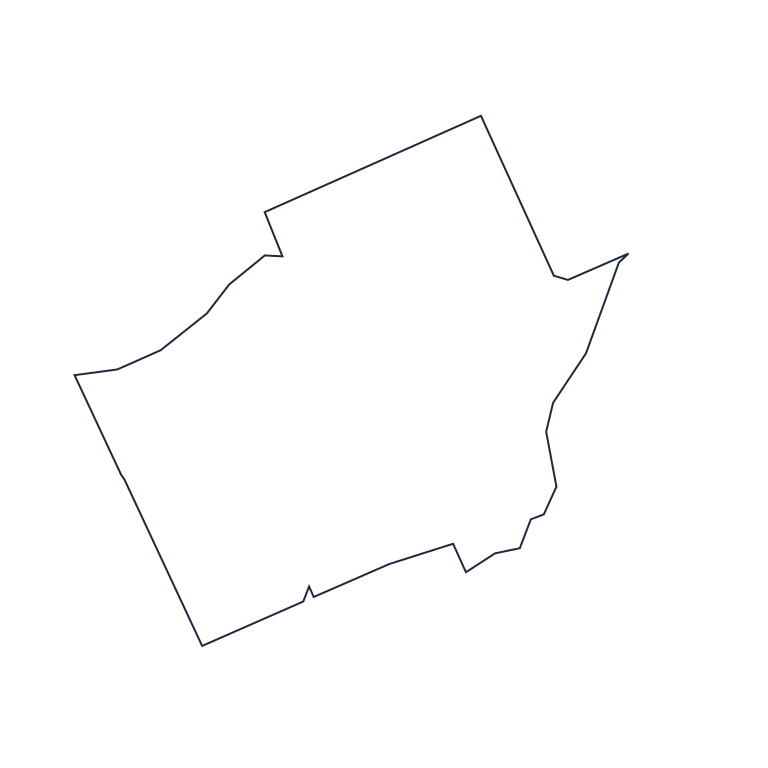 Terrell, Georgia, United States of America, rotated 65°
{"feature_id": "52423323B62158301450735", "entity_name": "Terrell", "entity_type": "district", "adm_level": 2, "iso_a3": "USA", "parent_name": "United States of America", "parent_adm1": "Georgia", "projection": "equal_earth", "projection_center": [-84.412, 31.794], "detail": "fine", "context": "isolated", "style": "outline", "palette": "slate", "viewbox_px": 768, "rotation_deg": 65, "n_neighbors": 0, "source": "geoboundaries", "source_scale": "gbopen_adm2", "svg_char_len": 537}
<svg xmlns="http://www.w3.org/2000/svg" viewBox="0 0 768 768"><g transform="rotate(65 384 384)"><path d="M245.2,660.7L355.3,660.6L361.1,659.6L544.5,659.5L547.0,549.1L535.9,537.5L547.3,537.7L549.4,455.0L558.0,388.9L589.2,389.3L584.4,355.0L590.2,330.3L568.7,308.1L569.7,294.2L549.9,271.1L495.8,257.2L472.5,238.7L441.6,188.0L373.2,119.8L369.1,107.3L367.4,173.3L357.7,184.3L181.9,182.8L177.8,419.5L225.4,422.1L217.1,437.7L228.4,482.3L245.2,514.8L259.0,572.2L258.1,619.5L245.2,660.7Z" fill="none" stroke="#1e293b" stroke-width="2"/></g></svg>